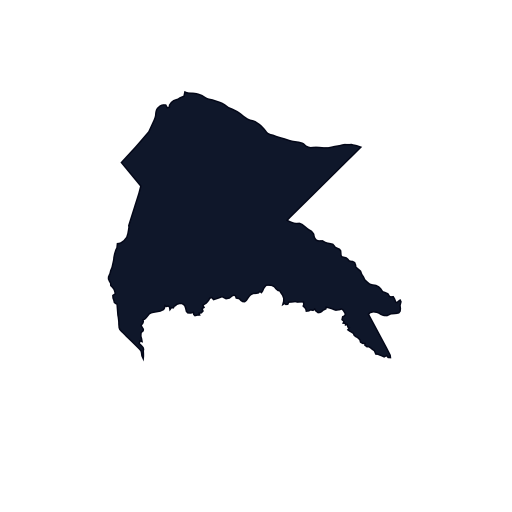 outline of Lambari D'Oeste, Mato Grosso, Brazil, rotated 308°
{"feature_id": "56859067B64272920889218", "entity_name": "Lambari D'Oeste", "entity_type": "district", "adm_level": 2, "iso_a3": "BRA", "parent_name": "Brazil", "parent_adm1": "Mato Grosso", "projection": "albers", "projection_center": [-57.818, -15.449], "detail": "fine", "context": "isolated", "style": "filled", "palette": "ink", "viewbox_px": 512, "rotation_deg": 308, "n_neighbors": 0, "source": "geoboundaries", "source_scale": "gbopen_adm2", "svg_char_len": 5064}
<svg xmlns="http://www.w3.org/2000/svg" viewBox="0 0 512 512"><g transform="rotate(308 256 256)"><path d="M319.4,91.9L318.0,90.0L316.7,88.9L315.1,88.1L313.5,87.8L311.8,87.5L310.1,87.7L308.5,88.3L307.0,89.1L304.5,90.7L302.5,91.5L300.2,92.2L287.9,95.1L272.6,94.4L267.4,94.1L246.8,92.4L240.2,122.2L233.3,125.2L228.5,127.0L221.2,129.7L219.4,130.4L201.7,137.0L200.5,138.2L197.6,139.8L194.8,141.3L191.1,142.7L189.0,142.6L186.9,142.6L183.2,141.5L181.7,140.5L180.4,139.2L179.1,140.0L176.9,141.4L174.4,141.9L170.7,143.3L169.1,144.1L167.5,144.9L166.0,145.9L164.5,146.7L162.2,147.8L158.4,149.6L155.1,150.5L152.3,151.8L150.5,152.2L148.7,152.7L147.1,153.9L145.9,156.1L145.1,158.2L143.3,159.8L143.0,162.3L142.3,164.8L140.8,167.0L139.6,168.4L136.8,167.5L134.9,169.2L133.5,171.4L132.2,173.0L132.2,174.6L132.5,176.2L129.1,179.3L124.3,183.7L123.1,185.1L121.1,187.1L119.4,188.7L117.9,189.9L115.3,192.3L114.3,193.9L113.8,196.5L113.7,198.2L113.3,201.5L113.0,203.2L112.8,205.5L112.6,207.3L112.3,210.3L111.9,213.8L111.4,218.0L111.2,219.7L111.0,221.3L110.5,223.7L109.5,225.1L107.1,227.6L105.7,230.3L107.7,229.0L109.6,227.5L111.8,225.6L113.3,224.8L114.3,223.4L114.8,220.9L115.0,219.3L115.0,217.8L117.8,216.9L118.4,218.9L120.3,216.8L121.5,215.1L122.6,214.1L124.9,212.6L127.6,213.1L128.9,212.3L129.7,210.2L130.5,208.2L133.6,208.1L135.0,207.5L136.2,206.1L137.6,207.1L139.8,207.4L144.8,207.5L146.9,208.5L148.6,209.9L153.6,214.4L156.9,216.1L158.6,215.9L161.0,214.8L161.0,216.4L162.5,217.6L162.6,219.2L160.8,221.2L163.2,221.1L164.3,222.8L166.0,222.4L167.4,223.1L169.1,223.3L171.4,224.9L173.0,227.0L173.2,229.2L172.8,230.9L171.5,232.8L169.5,235.3L169.2,237.3L170.9,239.7L173.1,241.4L171.6,243.0L171.4,244.6L173.3,246.1L174.8,247.9L175.8,246.3L177.6,247.9L180.0,248.1L181.3,245.9L183.5,246.7L184.4,244.4L186.2,245.0L188.0,245.7L190.2,245.9L192.1,245.9L194.2,245.5L196.1,246.7L195.5,249.4L200.1,252.5L203.1,254.3L203.9,258.7L206.5,260.9L209.9,261.7L211.6,262.7L212.0,264.4L210.7,266.3L212.1,269.2L211.7,271.6L211.9,273.6L213.0,275.2L215.1,275.7L217.8,275.5L220.2,275.4L222.1,275.6L224.7,276.8L226.5,278.9L228.4,280.6L230.5,280.8L230.5,282.8L232.5,282.7L235.1,282.0L237.8,281.9L239.3,282.1L240.3,283.2L241.4,284.7L242.6,286.6L243.1,289.5L242.5,291.9L242.4,294.6L243.2,296.2L242.3,298.5L241.5,301.1L239.8,303.9L237.4,305.7L234.3,307.0L236.2,307.6L236.2,309.3L237.5,310.7L239.8,310.2L241.7,312.4L244.3,315.0L245.2,317.0L246.8,318.8L247.8,320.0L249.0,321.8L247.2,323.5L245.6,324.0L245.3,326.8L244.7,328.2L243.5,329.6L245.3,331.4L247.1,332.1L248.3,334.4L250.4,334.9L249.6,336.7L249.6,339.8L250.9,341.1L252.5,341.9L254.6,342.2L257.4,343.6L258.8,342.7L259.8,344.7L261.2,348.2L261.9,350.8L262.5,352.3L264.1,353.8L265.4,355.1L266.9,355.8L267.0,358.0L266.3,360.0L265.3,362.3L263.2,362.6L261.5,361.7L258.8,363.0L258.7,365.7L256.8,366.0L258.0,368.1L256.8,369.0L258.3,370.1L256.6,372.1L256.8,373.8L254.4,373.8L254.5,376.0L254.8,377.9L255.0,380.5L254.0,382.1L253.9,384.1L254.3,386.1L254.0,389.4L252.5,391.4L252.8,393.8L254.2,395.8L252.8,396.7L252.8,399.3L254.0,400.7L254.2,402.6L254.1,405.2L254.3,407.5L253.4,409.2L252.5,410.8L253.7,412.6L254.1,414.3L254.6,415.8L255.0,417.3L255.4,419.1L257.9,420.1L257.4,422.6L258.7,424.5L260.4,422.8L263.7,415.8L279.3,380.5L281.5,380.7L284.3,382.8L286.1,386.0L286.7,388.0L286.9,390.3L287.5,392.4L288.1,393.8L289.8,396.0L293.4,397.8L295.5,400.1L297.2,401.9L299.1,403.5L301.2,403.5L303.4,402.2L305.7,399.9L309.2,398.4L310.0,396.7L308.0,396.1L306.1,395.8L305.7,394.4L307.4,391.7L308.4,389.2L306.8,387.5L306.3,386.1L307.4,383.2L306.6,380.0L305.8,377.8L306.4,375.9L306.9,374.4L307.2,371.6L306.6,368.6L304.7,365.2L303.8,362.8L303.9,359.8L304.2,356.3L305.6,353.6L306.6,350.6L308.4,347.7L308.7,341.4L310.1,340.1L311.5,337.8L311.1,335.4L310.2,334.1L309.5,332.4L310.0,330.1L310.0,328.1L308.2,324.2L308.7,322.7L312.2,319.5L312.7,317.6L312.3,316.1L311.6,313.1L312.1,311.4L312.5,309.3L311.4,306.9L309.9,304.0L309.2,301.8L308.9,299.1L306.5,296.2L305.6,293.9L306.0,292.0L306.6,290.5L307.6,289.2L308.7,288.0L309.2,286.3L309.6,284.4L309.2,281.4L309.1,279.4L309.2,276.5L309.2,272.9L308.5,270.2L306.4,267.8L305.4,266.2L304.8,264.7L304.0,262.1L303.5,260.1L303.3,258.5L307.4,258.9L332.9,262.2L387.9,269.2L394.4,270.1L406.3,271.6L404.9,267.5L404.1,265.8L403.3,264.3L402.5,262.4L401.3,261.2L398.2,257.1L396.5,255.6L394.6,254.2L390.5,250.4L388.5,248.8L385.7,246.4L383.0,243.0L380.4,239.0L379.1,237.1L377.5,235.1L374.8,232.2L373.9,230.1L373.3,227.6L373.6,224.4L373.3,222.9L372.0,219.8L368.8,214.2L367.6,211.5L365.8,206.4L364.1,202.3L362.7,198.7L361.6,195.0L360.4,192.5L359.8,189.8L359.9,188.3L360.9,184.5L361.6,180.0L361.7,177.7L361.3,172.6L360.6,170.4L359.3,167.6L358.6,164.9L358.3,160.3L358.4,156.6L358.3,154.1L358.1,152.0L357.1,147.1L355.9,142.8L355.8,138.2L355.4,135.2L354.7,132.8L352.1,125.5L350.4,122.1L349.8,120.4L349.5,118.5L349.1,114.5L348.0,111.1L347.1,109.0L345.7,106.6L342.9,102.7L341.9,100.6L341.5,99.0L337.6,100.9L335.5,99.7L333.7,98.7L331.7,98.1L329.8,96.8L327.7,95.5L324.9,94.8L321.6,95.0L320.1,96.1L318.1,94.9L319.4,91.9Z" fill="#0f172a" stroke="#020617" stroke-width="1.5"/></g></svg>